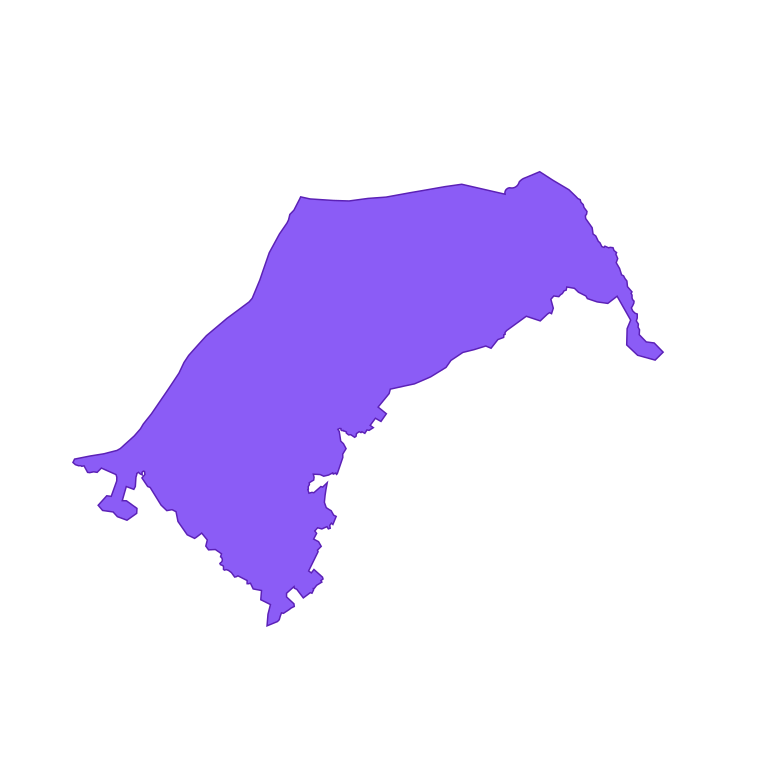 Tell Abiad, Ar Raqqah, Syria (orthographic projection), rotated 305°
{"feature_id": "27442178B34075692761550", "entity_name": "Tell Abiad", "entity_type": "district", "adm_level": 2, "iso_a3": "SYR", "parent_name": "Syria", "parent_adm1": "Ar Raqqah", "projection": "orthographic", "projection_center": [39.333, 36.35], "detail": "fine", "context": "isolated", "style": "filled", "palette": "violet", "viewbox_px": 768, "rotation_deg": 305, "n_neighbors": 0, "source": "geoboundaries", "source_scale": "gbopen_adm2", "svg_char_len": 5679}
<svg xmlns="http://www.w3.org/2000/svg" viewBox="0 0 768 768"><g transform="rotate(305 384 384)"><path d="M118.8,426.9L128.3,433.0L130.8,433.4L134.3,432.2L137.7,431.3L138.5,433.2L145.1,435.8L147.4,436.5L150.3,438.1L152.3,436.3L153.7,426.3L156.7,424.2L166.5,426.5L165.3,427.8L165.8,430.3L162.5,440.6L170.8,443.3L171.3,445.0L175.0,444.4L175.9,443.4L176.4,444.1L180.5,444.3L186.1,446.7L186.7,445.1L189.3,445.9L190.5,444.4L191.9,433.0L187.6,432.8L187.6,429.5L208.8,426.2L209.7,424.8L215.0,425.7L217.3,420.8L216.6,415.3L223.0,414.5L223.9,411.6L228.2,412.1L229.6,416.2L234.4,419.1L233.4,421.5L235.0,422.7L237.1,420.6L238.1,420.7L239.8,420.7L239.6,422.7L248.1,420.8L247.7,418.0L249.9,413.4L249.7,411.3L249.6,407.6L252.9,403.0L258.8,399.7L264.0,397.1L270.6,394.1L264.4,392.9L263.8,391.1L254.7,388.9L253.9,387.1L251.5,385.2L253.9,382.1L254.4,382.4L256.4,380.8L258.8,380.6L260.2,379.4L265.0,381.5L267.5,380.2L269.6,377.8L273.2,383.6L273.9,387.5L277.6,390.8L281.8,393.0L281.1,394.1L283.4,395.6L282.7,396.9L283.7,397.2L300.2,392.4L302.9,390.4L309.3,390.0L311.8,385.1L312.4,381.3L319.5,374.5L320.4,372.2L322.1,373.1L322.8,374.3L321.7,375.1L321.7,376.4L322.5,377.1L322.4,378.2L322.8,378.6L323.1,380.8L322.2,381.3L322.0,384.2L323.4,385.8L323.5,390.5L325.1,391.1L327.6,389.9L330.7,391.0L331.0,393.0L332.2,393.3L332.6,396.6L336.6,396.4L337.5,398.4L342.1,400.3L342.2,396.4L351.0,396.6L351.6,403.0L361.0,403.0L361.7,392.4L379.1,393.7L383.4,392.1L394.3,402.1L401.6,408.9L416.6,418.1L433.2,425.3L441.7,425.3L455.1,430.5L463.7,438.0L473.5,445.6L474.7,451.2L485.7,451.8L490.8,455.3L493.2,453.9L494.1,454.7L495.7,453.6L498.1,453.8L521.1,461.7L525.3,475.8L535.1,477.8L537.4,478.7L537.7,480.9L543.2,479.2L549.1,472.1L553.5,472.6L555.8,477.1L558.4,477.4L560.4,478.2L563.7,478.1L565.4,479.4L568.3,478.1L571.6,485.1L570.7,490.6L571.9,498.9L570.6,501.6L573.5,511.5L578.4,521.1L589.6,524.6L577.8,549.4L568.8,551.4L555.2,560.4L553.0,575.3L559.1,592.4L570.2,594.4L572.6,581.8L568.9,574.7L570.8,564.8L575.0,562.2L576.3,559.5L579.0,558.0L580.4,554.5L583.3,553.6L586.6,551.3L586.0,549.1L586.5,545.9L588.2,543.0L590.7,542.8L593.5,542.3L595.3,541.3L595.7,539.3L596.8,537.8L599.1,536.2L600.0,534.4L601.7,534.3L603.4,527.6L607.7,523.9L608.6,520.9L610.0,518.2L609.7,516.0L613.7,510.8L616.6,504.6L620.8,503.5L623.4,499.4L625.0,499.2L625.3,495.8L627.0,493.4L625.7,490.9L624.4,489.9L623.6,485.9L622.1,485.9L621.5,483.7L623.6,479.8L623.8,477.7L626.7,472.6L626.8,469.2L631.4,464.9L635.2,454.3L637.3,452.5L639.4,452.5L641.8,451.3L643.3,446.6L645.2,444.3L645.8,441.2L647.5,438.9L647.1,436.4L647.7,433.5L649.2,424.1L647.8,405.6L647.2,389.8L632.2,380.3L632.0,380.2L631.8,380.1L631.5,380.0L631.2,379.9L630.8,379.7L630.6,379.6L630.3,379.5L630.1,379.5L629.9,379.4L629.6,379.3L629.4,379.3L629.0,379.2L628.9,379.1L628.6,379.1L628.4,379.0L628.1,379.0L627.9,379.0L627.6,378.9L627.2,378.9L626.8,378.9L626.6,379.0L626.4,379.1L626.0,379.2L625.9,379.2L625.7,379.2L625.3,379.3L625.1,379.3L624.8,379.4L624.7,379.4L624.4,379.4L624.0,379.4L623.6,379.4L623.4,379.4L623.2,379.4L622.8,379.3L622.6,379.3L622.5,379.2L622.2,379.2L621.9,379.1L621.6,379.0L621.3,378.9L621.2,378.9L620.9,378.7L620.7,378.7L620.4,378.5L620.2,378.4L619.9,378.2L619.5,377.9L619.3,377.8L619.1,377.6L618.8,377.3L618.7,377.2L618.4,376.9L618.1,376.6L617.9,376.3L617.7,376.0L617.6,375.8L617.5,375.7L617.4,375.5L617.3,375.3L617.1,375.1L617.1,374.9L617.0,374.7L616.9,374.6L616.8,374.4L616.7,374.2L616.4,374.0L616.3,373.8L616.1,373.7L615.8,373.5L615.7,373.4L615.3,373.2L615.1,373.0L614.9,373.0L614.7,372.9L614.4,372.8L614.2,372.7L613.9,372.6L613.7,372.6L613.3,372.5L613.0,372.5L612.7,372.5L612.4,372.5L612.1,372.6L611.9,372.6L611.7,372.6L611.3,372.8L611.2,372.8L610.8,372.9L610.6,373.0L610.4,373.1L610.2,373.2L610.1,373.3L609.8,373.5L609.5,373.7L609.4,373.9L609.3,374.0L609.1,374.1L608.9,374.3L592.2,333.1L580.7,320.8L566.2,306.3L556.4,296.4L538.3,278.5L526.9,264.5L513.9,250.4L505.4,237.4L493.2,217.3L489.5,208.4L487.2,208.8L474.7,210.5L468.9,209.6L466.4,210.6L463.5,211.7L460.1,212.2L447.0,212.3L425.7,214.7L407.4,219.9L398.1,222.6L378.6,226.9L373.8,226.4L353.3,219.6L347.7,217.7L346.9,217.5L334.8,214.3L321.7,210.8L309.9,209.3L295.5,207.6L287.0,207.8L275.3,209.8L259.2,210.2L254.6,210.3L226.1,210.6L213.1,209.8L207.5,210.2L198.2,209.2L179.8,205.0L177.6,203.9L176.6,203.5L166.0,194.4L156.6,184.7L153.9,182.1L145.0,173.6L141.3,174.2L140.9,177.5L141.9,180.8L143.2,182.5L143.2,183.6L144.9,185.2L141.6,191.9L142.6,193.8L145.5,196.5L147.1,199.7L153.0,200.7L156.1,216.4L154.4,218.6L151.2,220.7L135.5,225.0L133.4,221.0L120.7,219.4L119.0,226.0L123.8,235.5L122.4,241.7L125.0,251.6L136.2,255.6L140.4,253.0L140.6,240.0L138.3,236.5L152.2,231.7L154.2,239.5L157.4,239.1L165.3,234.3L168.0,233.4L168.9,232.8L170.8,233.5L170.5,235.8L170.9,238.0L172.9,236.4L174.5,236.8L175.0,238.0L172.8,240.0L168.2,239.6L164.5,249.2L165.1,251.8L156.9,270.9L155.7,278.7L159.5,282.5L160.1,286.9L153.2,294.1L151.4,299.0L147.6,309.3L148.9,317.4L150.9,318.2L157.3,320.2L154.9,328.7L149.0,331.0L147.5,335.4L151.7,340.8L151.7,348.3L148.7,349.2L148.7,349.4L148.7,349.5L148.7,349.9L148.7,350.0L148.6,350.4L148.6,350.5L148.5,350.8L148.4,351.0L148.2,351.4L148.1,351.5L147.9,351.8L147.6,352.1L147.4,352.3L147.2,352.4L147.1,352.5L146.9,352.6L146.7,352.7L146.4,352.8L146.2,352.9L145.8,353.0L145.6,353.0L145.4,353.0L145.2,353.0L144.9,353.0L144.7,353.0L144.5,352.9L144.4,352.9L144.2,352.8L144.0,352.7L142.9,352.5L142.2,353.6L142.8,356.2L142.2,357.4L140.1,358.8L140.0,360.0L141.5,361.3L142.1,363.5L142.0,367.2L140.2,372.4L141.5,373.6L143.1,374.4L144.5,384.6L141.9,386.4L142.5,387.4L144.2,388.9L141.1,394.4L144.6,402.1L136.6,406.8L138.2,417.5L128.9,421.0L118.8,426.9Z" fill="#8b5cf6" stroke="#5b21b6" stroke-width="1.5"/></g></svg>